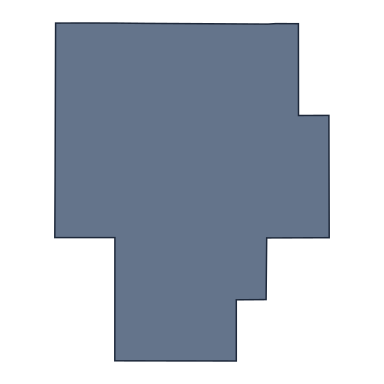 Okmulgee, Oklahoma, United States of America
{"feature_id": "52423323B23150098566474", "entity_name": "Okmulgee", "entity_type": "district", "adm_level": 2, "iso_a3": "USA", "parent_name": "United States of America", "parent_adm1": "Oklahoma", "projection": "albers", "projection_center": [-95.947, 35.617], "detail": "fine", "context": "isolated", "style": "filled", "palette": "slate", "viewbox_px": 384, "rotation_deg": 0, "n_neighbors": 0, "source": "geoboundaries", "source_scale": "gbopen_adm2", "svg_char_len": 384}
<svg xmlns="http://www.w3.org/2000/svg" viewBox="0 0 384 384"><path d="M175.7,360.9L187.5,360.9L236.3,361.0L236.3,299.8L266.1,299.6L266.7,237.9L329.2,237.7L328.9,115.4L298.5,115.5L298.4,23.7L275.9,23.6L267.8,24.1L217.4,23.8L146.3,23.4L116.1,23.1L84.5,23.0L55.6,23.1L55.1,176.3L54.8,237.6L114.9,237.6L114.8,360.8L175.7,360.9Z" fill="#64748b" stroke="#1e293b" stroke-width="1.5"/></svg>